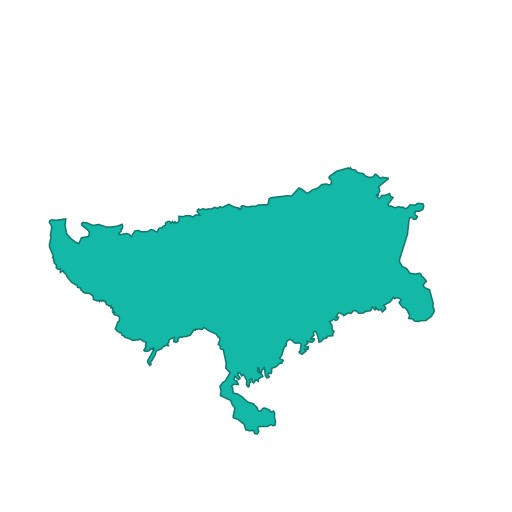 the border of Uttar Pradesh, rotated 321°
{"feature_id": "IND-3253", "entity_name": "Uttar Pradesh", "entity_type": "State", "adm_level": 1, "iso_a3": "IND", "parent_name": "India", "parent_adm1": "", "projection": "orthographic", "projection_center": [80.221, 27.157], "detail": "fine", "context": "isolated", "style": "filled", "palette": "teal", "viewbox_px": 512, "rotation_deg": 321, "n_neighbors": 0, "source": "natural_earth", "source_scale": "10m", "svg_char_len": 6144}
<svg xmlns="http://www.w3.org/2000/svg" viewBox="0 0 512 512"><g transform="rotate(321 256 256)"><path d="M332.2,230.1L333.8,233.2L334.8,238.7L335.8,239.8L341.1,240.1L347.0,242.1L352.2,241.9L356.0,244.3L357.4,246.5L358.8,247.3L360.6,246.7L362.2,244.5L361.8,241.3L363.1,240.4L371.9,240.8L383.1,245.6L383.2,246.8L384.9,246.7L384.8,249.0L387.3,251.7L387.4,255.1L391.1,259.5L391.3,262.4L393.3,266.1L396.8,268.3L400.1,267.4L401.0,269.2L401.2,273.9L403.8,274.4L407.7,278.7L407.2,279.3L395.0,279.3L393.1,283.5L390.4,284.5L389.3,286.0L388.4,284.4L387.6,284.6L387.7,288.5L389.6,289.0L391.6,288.0L394.7,290.2L399.1,291.6L398.1,294.4L399.2,296.9L391.6,298.8L390.8,299.6L390.8,300.9L392.3,302.0L394.3,305.9L398.0,307.6L399.2,309.6L400.5,309.9L401.5,312.4L403.1,313.9L408.0,313.3L411.7,316.6L414.9,316.9L418.6,320.4L417.8,322.8L414.9,324.8L411.1,324.0L408.2,321.8L406.2,322.7L405.6,324.1L406.3,326.8L404.1,328.0L401.8,327.1L401.2,323.9L399.8,323.0L398.2,323.6L387.3,334.5L365.7,348.8L364.0,350.6L363.1,356.4L365.1,360.3L364.8,366.3L368.8,370.6L372.3,372.3L372.7,374.4L371.9,376.2L372.6,378.0L372.6,382.8L368.8,383.4L367.1,384.7L367.1,386.5L369.6,391.5L363.7,404.7L361.5,406.5L361.2,408.8L359.6,411.3L354.7,413.2L347.3,413.0L342.9,409.7L341.2,409.3L338.2,406.1L338.2,403.7L335.4,400.6L338.0,398.9L339.3,393.3L339.2,390.0L337.8,388.6L337.8,382.6L338.5,381.8L340.5,382.1L341.4,380.7L339.3,376.9L336.9,376.4L336.8,374.5L331.5,376.1L324.1,374.7L324.2,377.6L323.4,378.8L318.9,379.0L319.5,376.0L317.0,375.0L316.8,371.3L315.5,372.9L314.4,372.7L314.4,368.9L310.6,370.6L306.7,368.2L303.3,367.7L299.6,364.9L299.6,362.4L298.1,360.2L296.6,359.8L294.2,360.5L293.1,360.1L292.2,358.4L286.5,357.5L286.6,356.0L284.7,352.0L279.8,353.7L281.7,355.5L279.5,356.7L277.3,356.3L276.9,354.1L271.8,353.5L271.5,357.5L268.8,361.3L269.1,363.8L266.9,364.5L265.5,366.3L261.4,363.5L258.7,364.1L256.8,362.7L252.6,363.4L250.7,362.7L253.4,357.7L254.9,352.8L253.8,351.3L252.4,351.7L251.3,354.0L246.4,354.7L249.1,356.9L248.7,357.9L245.2,358.4L242.0,354.5L241.2,356.7L237.3,356.3L237.8,358.4L239.7,359.5L238.2,361.1L237.0,361.0L235.0,358.9L235.1,361.3L230.2,361.4L229.1,360.0L229.0,357.7L230.6,357.6L235.7,352.9L234.7,350.1L233.7,350.1L231.3,348.0L230.9,344.1L229.6,341.9L225.9,341.8L222.6,344.9L221.0,344.4L213.5,349.3L210.2,350.3L209.9,351.4L211.4,353.7L211.2,354.5L208.5,355.5L207.0,354.3L201.7,354.7L197.6,353.2L194.3,356.7L193.4,356.7L192.5,355.0L190.8,355.0L190.4,358.2L188.9,358.4L187.8,357.5L188.1,354.7L192.7,347.4L190.8,348.5L189.0,348.3L186.9,350.0L186.0,348.2L187.6,344.8L187.0,344.1L185.4,345.6L184.8,347.4L186.0,352.6L185.5,353.8L180.8,353.0L178.8,354.8L178.0,352.3L174.3,353.2L173.8,351.3L175.4,349.3L173.2,348.0L172.1,350.6L170.5,351.0L168.5,353.1L167.5,352.9L167.5,350.1L170.5,346.9L171.6,341.0L171.3,340.2L169.4,340.2L169.9,337.2L168.6,335.5L167.1,337.3L166.9,340.6L166.2,341.3L164.6,340.9L163.9,336.2L161.4,337.6L161.2,339.2L162.4,340.9L161.4,344.8L158.1,341.7L155.0,341.8L154.9,343.5L152.0,348.2L154.6,351.2L156.4,356.2L157.7,364.4L160.9,368.9L161.4,374.9L160.5,376.8L160.7,378.2L161.6,379.5L165.4,378.7L167.3,379.8L169.6,384.3L169.3,386.5L172.0,387.5L171.7,389.7L168.6,393.3L167.0,396.9L164.4,399.4L162.3,398.6L161.7,396.5L157.7,395.7L150.4,390.0L148.9,390.8L147.9,394.0L145.0,395.2L143.3,393.2L144.2,390.0L141.0,387.8L138.7,384.6L140.9,379.5L139.0,371.2L136.6,367.7L137.1,366.4L143.5,361.2L144.2,359.1L143.8,357.4L145.4,352.3L140.5,342.0L144.0,338.8L145.9,334.6L150.8,333.4L153.6,333.7L162.4,330.4L161.9,324.0L165.2,320.8L171.6,308.3L170.2,306.1L170.3,304.8L171.8,303.6L171.0,300.8L174.6,298.9L176.3,296.6L175.5,295.0L176.0,291.8L172.2,284.2L170.7,278.9L167.9,279.1L165.0,276.1L163.7,275.9L163.0,274.8L162.0,275.4L161.4,274.3L155.1,276.2L150.7,274.5L149.2,273.0L147.4,272.7L145.9,271.2L143.1,271.3L141.7,273.1L139.4,272.8L138.2,270.6L141.4,268.0L138.1,266.7L135.4,266.7L133.6,268.4L132.1,268.5L131.5,270.6L129.8,268.7L125.6,268.1L124.4,268.7L118.7,267.1L115.3,269.4L109.5,271.7L107.9,271.6L106.1,274.2L104.6,274.3L104.8,270.6L105.8,269.2L117.9,264.4L118.7,263.1L118.0,262.6L116.8,263.5L115.5,261.5L114.4,262.3L111.9,261.9L109.5,259.7L109.6,258.6L113.3,257.4L113.9,255.9L116.3,254.0L114.3,250.2L114.0,247.8L112.1,247.3L106.9,243.9L106.1,241.3L103.0,236.8L103.0,234.5L102.1,233.5L102.8,230.9L101.2,228.4L100.7,224.2L107.0,220.4L108.9,220.5L111.5,217.5L110.5,214.2L109.0,212.8L109.2,209.6L110.6,210.6L110.3,207.8L112.2,206.4L110.4,205.0L112.2,203.4L110.2,202.3L110.1,200.6L109.2,199.8L110.6,196.1L109.4,195.9L109.3,194.0L107.7,194.2L107.2,192.5L105.6,192.9L105.6,191.5L104.2,190.8L102.3,187.3L104.1,184.6L103.2,180.6L99.6,176.9L98.8,175.0L99.2,173.9L98.6,172.3L99.5,170.5L97.6,168.1L98.5,166.5L96.1,160.6L96.1,152.7L97.0,151.1L96.3,148.2L97.0,146.2L93.6,145.6L96.0,142.8L93.7,141.8L93.4,139.3L95.2,137.7L94.8,134.3L95.9,133.2L95.7,132.2L97.0,131.2L96.9,129.2L98.1,128.9L98.9,127.3L101.2,119.0L103.6,116.1L105.0,116.0L105.2,114.9L108.6,112.6L109.1,110.7L115.8,104.7L116.6,99.7L118.0,98.8L119.8,99.2L123.4,102.6L131.5,107.5L126.8,112.1L122.9,119.5L123.0,125.2L124.2,130.9L126.1,134.9L131.9,131.9L137.8,135.4L139.8,134.4L141.2,132.9L141.7,130.9L140.0,122.3L141.0,121.0L142.7,121.0L145.5,124.0L148.6,129.7L153.5,132.4L158.0,139.3L160.3,141.4L167.1,145.6L171.9,147.1L171.3,148.8L169.3,150.6L167.5,150.6L166.6,152.0L163.8,152.0L163.1,153.4L169.6,157.1L170.8,159.0L171.5,162.5L177.5,160.3L180.6,162.1L182.3,165.2L187.6,169.1L190.8,169.2L192.7,171.6L193.8,175.1L197.4,173.7L199.1,173.7L200.5,175.1L201.9,174.5L204.7,175.1L206.6,173.4L209.5,173.8L210.7,174.9L210.4,177.3L212.7,176.7L213.0,178.8L214.6,178.4L214.7,180.1L216.3,180.8L218.7,179.9L221.0,176.6L224.4,179.8L226.7,180.4L229.9,182.9L231.5,186.0L234.9,186.0L238.3,189.1L238.2,184.5L239.5,183.4L241.1,183.4L241.5,185.0L244.5,185.9L246.4,188.5L248.4,189.2L250.8,191.4L254.6,192.2L256.1,194.9L259.1,195.1L260.1,197.0L267.4,198.7L269.8,204.1L272.9,208.1L272.0,208.7L273.0,209.3L272.9,210.0L274.7,209.7L275.5,208.1L277.1,208.4L280.5,212.9L284.3,214.8L286.6,217.0L289.8,217.8L297.0,223.2L298.2,223.2L302.1,219.9L304.3,220.1L318.2,228.9L320.6,231.2L322.3,231.7L332.2,230.1Z" fill="#14b8a6" stroke="#0f766e" stroke-width="1.5"/></g></svg>